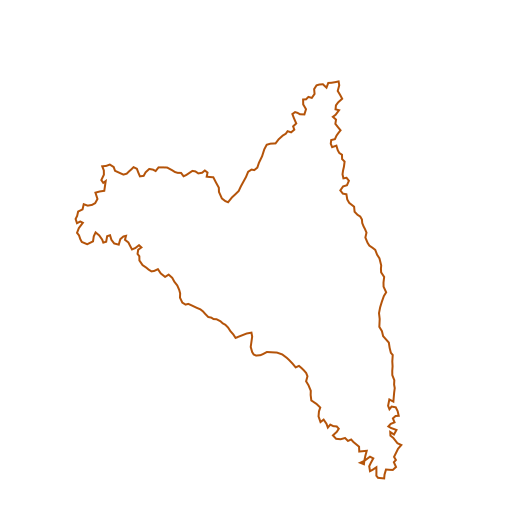 the district of Apucarana, Paraná, Brazil, rotated 193°
{"feature_id": "56859067B99141205159881", "entity_name": "Apucarana", "entity_type": "district", "adm_level": 2, "iso_a3": "BRA", "parent_name": "Brazil", "parent_adm1": "Paraná", "projection": "equal_earth", "projection_center": [-51.441, -23.577], "detail": "fine", "context": "isolated", "style": "outline", "palette": "amber", "viewbox_px": 512, "rotation_deg": 193, "n_neighbors": 0, "source": "geoboundaries", "source_scale": "gbopen_adm2", "svg_char_len": 4365}
<svg xmlns="http://www.w3.org/2000/svg" viewBox="0 0 512 512"><g transform="rotate(193 256 256)"><path d="M104.4,80.7L99.8,86.1L96.2,85.2L97.6,80.2L98.4,76.6L96.5,72.0L94.2,74.0L91.2,77.2L90.1,72.7L89.3,69.0L87.2,67.3L81.1,68.1L81.6,72.0L81.3,77.2L77.9,77.7L74.6,78.3L72.1,81.9L75.3,86.1L73.8,88.7L76.3,91.3L74.2,100.2L71.9,104.5L76.1,105.4L81.4,109.7L84.6,111.2L85.6,114.7L81.4,113.1L80.0,118.1L85.8,118.8L88.7,119.7L87.0,122.7L83.6,125.1L86.1,128.6L84.0,131.5L81.0,132.4L83.1,136.7L85.8,140.0L90.0,139.8L91.5,136.7L93.6,139.8L93.8,146.2L89.4,145.0L90.7,154.3L91.1,158.5L92.5,161.7L93.3,166.1L96.4,170.6L97.4,174.7L98.1,179.2L99.5,184.0L100.5,190.3L102.8,192.0L105.1,196.5L107.1,201.5L114.1,206.5L116.4,211.1L119.9,214.7L121.3,222.4L123.3,228.0L123.5,234.0L123.1,239.7L122.4,245.8L121.0,249.9L124.8,254.8L125.8,258.8L126.4,264.4L130.4,268.2L131.4,271.7L131.9,275.0L135.2,281.5L138.3,284.5L141.2,288.8L144.5,290.3L147.9,291.6L150.3,294.0L153.6,298.6L153.6,303.6L155.9,306.8L157.8,309.0L159.9,312.0L161.0,315.4L163.3,317.9L166.4,319.0L169.9,321.3L171.5,326.1L177.1,328.7L179.8,331.6L181.8,336.5L185.4,336.3L188.6,338.9L186.8,343.4L183.3,345.4L182.4,350.2L185.4,352.6L188.3,351.3L190.1,355.1L190.4,358.8L190.4,362.7L190.9,367.9L193.9,369.8L195.0,374.0L198.0,375.1L200.1,377.4L202.5,381.6L206.3,379.2L208.4,382.2L208.8,385.9L205.4,387.6L204.6,391.5L203.3,394.6L201.9,397.5L204.9,399.8L208.4,402.6L208.7,406.9L212.4,408.9L210.2,411.5L207.9,416.7L211.5,416.8L212.0,420.8L210.5,424.2L207.4,428.6L210.1,431.7L213.5,435.2L213.3,441.1L214.8,444.7L217.5,443.4L221.6,441.7L224.5,440.9L225.2,435.9L229.5,438.4L232.9,437.3L235.4,435.9L236.9,431.7L235.4,427.1L237.2,422.6L240.7,422.8L242.5,419.9L245.3,419.1L244.1,414.3L240.3,410.3L240.7,404.8L245.1,404.0L247.7,404.8L250.3,405.0L252.5,402.5L250.1,398.9L246.6,394.2L249.0,390.7L247.1,387.7L249.6,384.4L253.3,384.7L254.5,381.8L257.0,379.4L260.2,374.8L262.3,370.1L267.2,368.7L270.6,366.8L271.9,361.9L272.5,354.6L274.1,347.5L274.6,342.4L277.0,339.3L279.8,339.2L282.6,336.3L283.5,330.8L285.0,325.5L286.4,320.5L287.5,315.4L290.0,311.5L292.6,307.7L295.3,302.1L298.3,302.6L302.2,304.4L306.5,310.1L307.6,314.2L311.7,318.8L315.3,323.1L319.3,322.5L321.9,322.2L322.0,326.4L325.1,327.8L327.2,325.0L330.8,323.5L334.1,324.8L337.1,324.6L339.2,322.4L342.2,319.2L344.5,317.4L347.7,320.1L351.1,319.4L353.9,319.6L357.0,320.7L362.5,322.2L366.6,321.4L370.9,320.4L372.9,316.2L375.8,317.0L379.6,316.8L382.4,312.7L383.5,308.8L387.0,307.5L389.5,310.9L391.7,314.2L395.3,315.0L397.0,312.3L398.8,309.8L400.5,307.1L403.5,305.5L407.1,306.2L412.5,307.3L414.7,310.7L419.0,312.2L422.2,310.1L426.0,308.8L423.5,305.1L422.5,301.0L423.8,295.2L421.3,292.9L419.3,295.2L418.5,285.4L422.8,283.7L426.7,281.6L423.3,275.9L424.6,271.3L427.3,268.9L431.3,267.2L435.5,267.7L435.5,262.4L439.3,259.3L439.3,254.8L440.1,251.5L437.8,247.7L435.0,250.1L432.2,249.4L434.9,243.3L435.6,238.3L433.1,236.3L431.0,232.9L428.9,230.5L423.1,229.5L418.1,233.6L418.5,238.7L417.6,242.9L413.4,240.8L409.6,237.4L407.8,234.7L405.2,236.2L405.5,241.8L402.9,243.4L400.5,239.2L397.0,236.3L392.3,236.2L392.0,241.9L389.6,245.2L387.2,246.4L387.3,242.3L383.4,240.5L380.9,237.5L378.3,234.5L375.4,236.6L372.4,240.2L369.6,238.6L372.2,235.6L371.9,231.4L369.6,229.5L368.6,225.4L364.5,221.6L360.1,219.9L357.6,218.6L354.4,217.5L351.9,218.5L348.6,221.1L344.9,217.6L339.9,215.2L336.9,218.2L332.7,215.9L329.8,212.6L326.1,209.6L323.2,205.7L321.5,202.5L320.7,198.3L317.3,194.0L313.7,192.8L311.2,194.1L307.6,193.4L302.2,192.2L298.2,191.5L295.2,190.1L292.4,188.1L288.8,185.8L285.7,185.9L283.2,185.0L280.2,185.5L275.9,184.4L273.3,182.9L270.4,182.1L267.1,180.0L264.0,177.0L260.5,174.5L257.5,171.6L253.6,174.3L247.6,178.4L243.2,180.3L241.6,176.6L240.7,166.2L238.1,161.5L236.1,159.5L233.5,159.0L229.3,160.4L227.0,162.1L223.8,164.9L213.9,166.6L208.3,166.0L203.1,163.7L200.5,162.2L196.1,159.3L192.3,156.4L189.4,158.6L186.5,157.1L183.7,155.4L180.8,153.3L178.8,150.4L179.0,145.2L175.8,141.9L172.3,137.0L171.5,132.9L169.6,127.7L163.6,125.4L159.3,122.8L159.7,118.8L159.0,113.8L155.8,108.7L153.3,111.8L149.6,108.4L147.4,105.0L145.7,108.4L142.4,107.6L139.0,108.1L136.5,106.3L137.7,102.9L140.7,98.5L136.8,95.9L132.3,96.5L128.3,98.7L124.8,96.5L122.0,98.6L119.3,96.7L115.9,95.0L112.7,93.4L111.4,88.7L104.3,91.1L104.5,85.8L104.4,80.7ZM104.4,80.7L107.9,78.0L104.0,77.4L104.4,80.7Z" fill="none" stroke="#b45309" stroke-width="2"/></g></svg>